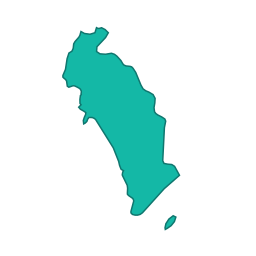 the Province of Northern Samar, rotated 243°
{"feature_id": "PHL-2586", "entity_name": "Northern Samar", "entity_type": "Province", "adm_level": 1, "iso_a3": "PHL", "parent_name": "Philippines", "parent_adm1": "", "projection": "natural_earth1", "projection_center": [124.817, 12.409], "detail": "fine", "context": "isolated", "style": "filled", "palette": "teal", "viewbox_px": 256, "rotation_deg": 243, "n_neighbors": 0, "source": "natural_earth", "source_scale": "10m", "svg_char_len": 1655}
<svg xmlns="http://www.w3.org/2000/svg" viewBox="0 0 256 256"><g transform="rotate(243 128 128)"><path d="M62.5,152.4L57.5,132.7L45.9,102.4L45.5,99.6L46.0,97.1L47.2,94.7L49.0,92.7L51.0,92.1L52.4,92.8L60.4,100.0L61.2,100.2L63.0,100.3L67.5,97.9L69.1,97.4L70.1,97.8L74.5,100.3L77.3,101.3L88.4,101.5L89.2,101.8L91.1,103.3L91.5,103.8L91.9,104.6L92.7,104.2L93.7,103.5L94.5,103.1L98.5,103.5L102.4,104.5L117.0,105.9L150.3,103.0L151.9,102.3L153.6,100.9L155.1,98.0L154.2,96.1L152.5,94.3L151.8,92.0L151.8,90.4L155.0,91.6L157.4,94.0L159.3,96.4L160.9,97.4L163.2,96.2L166.3,94.1L168.9,93.5L170.0,96.7L171.7,96.4L175.4,98.2L178.6,100.4L179.0,101.5L180.1,101.9L181.0,102.6L182.3,103.2L184.5,103.1L185.9,102.4L187.9,101.0L189.8,99.5L190.6,98.2L191.2,93.8L192.8,92.9L197.8,94.6L199.5,94.4L201.3,93.6L202.9,93.1L204.4,93.9L208.6,98.9L217.4,105.2L221.6,109.4L221.9,112.9L223.8,115.3L227.6,117.8L229.1,120.1L231.2,125.4L232.4,127.2L235.3,129.9L232.0,132.1L228.8,136.7L227.9,141.8L231.7,145.5L230.4,146.4L229.8,147.6L229.3,150.0L226.1,152.3L221.8,153.7L218.8,149.1L214.5,137.2L210.4,134.7L206.8,136.7L203.9,141.5L202.1,147.2L199.8,149.4L197.1,150.7L191.3,152.3L187.6,152.5L185.9,153.0L184.2,154.4L182.0,157.8L180.8,159.0L178.9,159.6L174.0,160.1L160.3,159.0L156.0,159.2L153.1,160.7L150.4,163.0L146.4,165.5L142.1,165.6L138.2,163.3L134.3,160.4L130.3,159.0L128.2,159.4L126.2,160.4L122.5,163.1L119.3,164.9L117.0,164.7L111.8,160.6L83.1,144.1L80.1,144.0L77.8,146.9L75.6,150.4L72.7,152.1L62.5,152.4L62.5,152.4ZM26.9,130.2L23.5,126.8L21.4,122.1L20.8,117.6L20.7,115.2L22.3,115.7L25.5,118.3L28.3,123.1L29.3,128.4L26.9,130.2Z" fill="#14b8a6" stroke="#0f766e" stroke-width="1.5"/></g></svg>